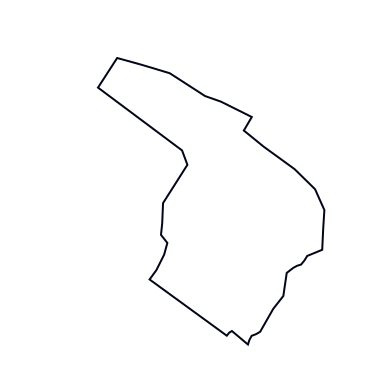 the District of Nakapiripirit, rotated 306°
{"feature_id": "UGA-3128", "entity_name": "Nakapiripirit", "entity_type": "District", "adm_level": 1, "iso_a3": "UGA", "parent_name": "Uganda", "parent_adm1": "", "projection": "albers", "projection_center": [34.525, 2.013], "detail": "fine", "context": "isolated", "style": "outline", "palette": "ink", "viewbox_px": 384, "rotation_deg": 306, "n_neighbors": 0, "source": "natural_earth", "source_scale": "10m", "svg_char_len": 641}
<svg xmlns="http://www.w3.org/2000/svg" viewBox="0 0 384 384"><g transform="rotate(306 192 192)"><path d="M202.7,323.2L197.4,322.9L194.1,320.4L190.1,318.5L182.2,316.2L161.6,327.0L145.2,326.4L119.0,329.3L114.7,327.4L110.7,324.8L106.1,325.4L101.5,326.9L103.0,306.0L100.1,304.8L96.2,304.6L96.3,209.1L107.9,209.1L124.9,206.3L136.3,202.0L139.1,192.1L149.0,186.4L166.0,175.1L211.3,172.3L219.8,159.5L221.2,54.6L256.4,52.7L265.1,75.9L275.0,104.2L277.3,146.2L282.1,162.3L287.8,196.3L272.2,197.8L270.8,223.3L270.8,261.5L266.6,289.9L255.2,309.7L239.6,319.6L221.8,331.3L208.0,322.8L202.7,323.2Z" fill="none" stroke="#020617" stroke-width="2"/></g></svg>